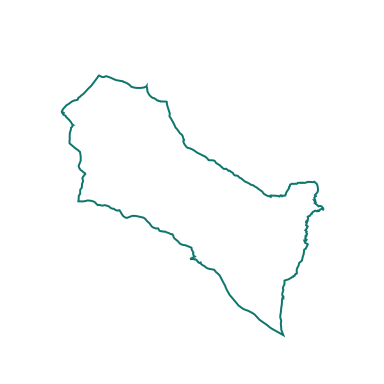 Kota Batu, Jawa Timur, Indonesia, rotated 302°
{"feature_id": "22746128B69457994360094", "entity_name": "Kota Batu", "entity_type": "district", "adm_level": 2, "iso_a3": "IDN", "parent_name": "Indonesia", "parent_adm1": "Jawa Timur", "projection": "natural_earth1", "projection_center": [112.536, -7.834], "detail": "fine", "context": "isolated", "style": "outline", "palette": "teal", "viewbox_px": 384, "rotation_deg": 302, "n_neighbors": 0, "source": "geoboundaries", "source_scale": "gbopen_adm2", "svg_char_len": 6040}
<svg xmlns="http://www.w3.org/2000/svg" viewBox="0 0 384 384"><g transform="rotate(302 192 192)"><path d="M241.1,51.2L238.0,51.1L228.9,50.3L224.8,49.3L217.6,47.9L215.1,46.9L212.9,46.4L211.9,45.7L210.7,45.9L210.0,46.2L208.8,45.4L207.4,43.8L205.5,42.4L201.2,40.7L199.2,39.6L193.9,38.7L192.0,38.8L190.9,39.1L190.4,39.8L191.3,40.9L191.3,41.3L191.2,41.4L189.7,41.4L189.5,41.7L189.4,42.4L189.6,44.5L188.9,45.5L188.2,49.2L187.0,52.6L186.1,54.0L185.9,55.4L185.7,55.1L185.4,55.2L184.3,55.8L182.3,55.4L180.5,56.3L178.7,56.7L177.2,57.2L173.6,59.2L172.4,60.1L170.1,61.2L168.5,62.3L168.3,62.7L167.5,68.2L167.2,70.6L167.1,73.5L167.0,73.8L166.8,74.2L166.7,75.6L166.1,76.3L162.7,79.1L159.5,81.0L158.8,81.2L155.7,81.7L154.0,82.1L153.6,82.4L152.7,83.6L151.9,85.1L151.6,86.3L151.6,87.7L151.3,89.1L151.1,91.6L150.7,92.0L150.0,91.8L146.3,91.5L145.4,91.9L143.6,93.8L142.3,94.2L141.0,94.3L137.1,96.3L135.6,96.0L134.5,96.1L131.2,98.1L128.8,98.0L124.9,100.2L123.9,100.5L125.8,103.9L127.8,106.4L129.4,107.8L130.8,110.4L131.6,112.8L131.9,114.5L131.7,115.8L131.3,116.9L131.1,118.4L130.9,118.9L131.9,120.1L132.8,123.0L134.7,125.1L135.6,128.3L135.8,129.6L135.4,130.8L135.4,131.9L135.8,133.8L136.4,134.5L136.2,136.1L136.4,138.0L137.0,139.1L137.6,139.4L138.1,140.1L138.0,140.6L137.5,141.4L135.4,145.6L135.1,146.8L135.0,149.1L135.6,150.6L139.5,153.5L140.4,154.4L142.0,157.2L144.5,164.3L144.5,165.6L144.3,167.2L143.6,168.9L142.9,172.6L141.5,175.9L141.3,177.6L142.0,180.8L143.2,182.6L143.1,182.9L142.5,183.8L142.0,184.7L142.1,186.1L142.7,187.0L143.0,188.4L144.2,190.1L144.1,191.0L144.8,193.6L145.1,196.4L145.8,197.7L145.2,199.0L143.9,200.5L143.3,201.8L142.8,206.1L141.8,209.0L142.0,211.0L142.6,213.0L143.3,214.5L144.5,220.9L144.4,221.2L143.4,221.9L142.6,222.9L142.3,223.6L141.2,225.4L140.9,225.6L140.1,225.7L139.6,226.1L138.9,227.5L138.8,228.6L134.9,226.3L134.5,226.7L136.0,228.8L136.0,229.7L136.5,229.9L136.8,230.5L136.6,231.8L136.6,232.8L135.9,233.7L135.9,234.2L136.0,234.6L135.6,235.1L136.0,236.6L136.3,237.0L136.5,237.0L135.9,237.7L135.6,238.8L135.6,240.3L135.8,241.5L135.5,243.3L135.4,245.1L135.9,247.2L137.8,252.0L136.8,254.8L136.4,257.7L135.9,259.7L132.1,266.1L130.1,269.7L128.9,271.2L127.2,273.8L124.7,278.4L120.4,291.7L120.0,297.1L120.2,299.0L121.0,302.5L121.4,307.0L121.3,310.0L119.4,317.0L118.9,327.0L118.6,328.4L118.4,330.4L118.4,333.2L119.0,345.3L122.4,340.8L125.9,338.3L127.5,337.0L129.7,336.1L130.8,335.2L132.1,333.5L134.3,332.2L136.6,331.3L141.2,329.0L144.6,327.6L147.3,326.0L148.8,325.3L150.1,324.9L150.2,325.8L151.7,325.0L151.9,324.7L152.0,323.8L152.2,323.4L153.0,322.8L154.9,322.0L156.7,321.6L157.7,321.1L158.4,320.1L159.4,319.7L162.7,319.3L164.3,318.3L165.2,317.9L165.8,317.4L166.5,317.8L168.9,320.0L172.2,321.8L173.2,322.1L173.7,322.7L174.5,322.6L175.3,323.4L175.9,323.2L177.4,323.2L178.1,324.0L179.3,323.6L180.4,322.7L181.0,322.4L181.7,321.9L183.8,321.5L185.8,321.4L188.7,320.5L192.1,321.6L195.9,320.2L198.3,319.7L202.6,317.7L204.3,318.5L209.0,317.9L209.0,316.1L208.8,315.0L209.8,313.8L210.1,313.0L210.4,312.9L210.5,313.5L211.2,313.7L211.2,314.4L212.2,314.5L212.4,313.4L212.7,312.6L213.8,312.3L215.0,312.3L215.0,311.6L216.8,312.0L217.3,311.6L217.7,311.5L218.2,310.3L219.3,310.2L219.6,308.4L222.0,308.7L222.6,308.3L224.1,308.4L224.3,306.3L225.8,306.1L226.0,305.7L226.7,305.6L226.9,304.7L227.2,304.5L227.4,304.8L227.8,304.7L228.0,305.4L228.3,305.5L229.4,304.8L229.9,305.0L230.3,304.6L231.0,304.5L231.6,304.1L232.1,303.3L233.0,303.5L234.1,304.5L236.7,304.7L237.1,305.2L238.0,304.9L239.1,305.0L240.4,305.9L241.0,306.0L241.5,306.5L241.7,307.5L241.9,308.1L242.1,308.2L242.3,308.7L242.5,308.8L242.9,308.5L243.1,308.7L242.9,309.4L243.1,309.7L243.6,309.9L245.0,309.9L246.1,310.7L246.5,311.5L246.5,312.2L247.1,311.9L247.4,312.2L247.8,311.8L248.4,309.4L248.2,308.4L247.4,307.2L246.9,306.8L247.2,306.1L247.6,302.0L248.8,302.4L249.3,300.8L249.5,300.9L249.8,300.0L250.2,300.7L250.4,300.8L251.0,299.8L252.0,298.7L253.0,298.8L253.7,299.0L254.1,299.3L254.3,299.1L254.5,297.9L255.2,297.9L257.3,298.4L258.9,298.4L259.9,298.1L261.5,297.1L263.2,295.7L264.5,294.3L265.1,293.2L265.3,291.0L265.6,290.4L264.4,289.4L263.7,287.8L262.8,286.5L262.6,285.7L262.1,285.0L261.1,284.4L260.8,283.8L260.2,283.5L259.3,282.6L258.8,281.5L258.4,281.2L258.5,280.8L257.7,280.1L257.6,279.4L257.2,279.2L256.9,278.3L255.7,276.8L254.9,276.8L254.4,276.4L253.6,275.0L252.6,273.7L251.9,272.2L250.5,271.7L250.2,271.3L248.8,271.9L247.6,271.6L246.9,272.3L241.6,272.2L239.7,272.8L239.0,272.7L238.5,273.0L237.4,271.8L236.9,270.8L236.1,270.6L236.4,269.5L236.3,269.1L235.7,268.7L234.9,268.8L234.6,268.7L234.0,266.4L232.7,264.2L232.1,262.9L231.3,261.8L231.0,260.9L230.8,260.7L230.0,261.3L229.6,261.4L229.5,259.7L229.2,259.5L229.0,259.1L228.7,257.8L228.5,254.1L228.8,253.4L228.9,252.7L229.3,252.0L229.6,251.3L229.7,248.4L230.1,244.1L229.9,241.8L230.2,240.7L229.4,238.4L229.5,236.0L229.2,232.6L228.9,231.6L229.4,227.9L229.6,227.2L229.4,225.1L229.5,224.2L229.9,222.4L229.5,220.8L229.0,220.1L228.8,219.4L229.0,217.9L229.6,217.1L229.9,216.3L229.8,215.0L230.0,212.5L229.3,211.8L229.7,209.8L229.7,208.3L228.9,207.7L228.6,207.0L228.4,206.0L228.9,204.3L229.0,202.7L229.4,201.7L229.3,197.3L230.3,195.0L230.3,193.9L229.5,192.1L227.8,189.3L228.5,187.4L229.0,185.0L228.1,175.5L228.4,171.2L228.2,169.0L227.9,167.1L227.2,165.1L227.2,163.7L228.4,160.5L229.7,158.5L230.6,157.6L232.0,157.7L232.5,156.6L234.6,154.3L234.9,153.4L235.2,153.0L235.4,150.6L236.6,148.0L237.6,145.4L237.9,143.9L240.0,140.9L243.2,135.2L244.1,133.0L245.2,132.3L246.8,131.6L250.9,126.7L253.1,124.3L255.1,122.8L255.1,122.4L252.1,117.3L252.2,116.8L251.9,116.5L251.6,115.6L251.6,114.8L251.3,114.4L251.2,113.8L251.5,112.6L251.5,110.3L251.0,108.8L251.0,107.2L251.5,105.0L252.2,103.4L253.5,101.1L255.5,99.5L255.7,99.2L256.1,99.1L256.7,98.6L256.8,97.9L257.7,97.4L257.4,97.4L255.3,96.0L253.2,93.5L250.7,89.5L249.6,86.7L249.1,84.7L249.5,83.3L249.8,81.5L249.8,78.5L249.1,75.6L249.3,75.1L249.1,74.4L246.8,68.7L246.5,67.5L245.6,61.2L244.7,57.7L242.9,56.5L242.3,55.7L241.8,54.4L241.6,51.7L241.5,51.4L241.1,51.2Z" fill="none" stroke="#0f766e" stroke-width="2"/></g></svg>